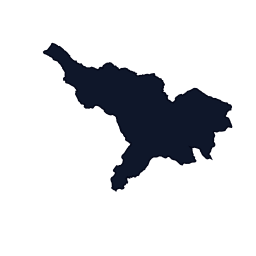 Natividade, Tocantins, Brazil, rotated 284°
{"feature_id": "56859067B45989324598243", "entity_name": "Natividade", "entity_type": "district", "adm_level": 2, "iso_a3": "BRA", "parent_name": "Brazil", "parent_adm1": "Tocantins", "projection": "robinson", "projection_center": [-47.662, -11.727], "detail": "fine", "context": "isolated", "style": "filled", "palette": "ink", "viewbox_px": 256, "rotation_deg": 284, "n_neighbors": 0, "source": "geoboundaries", "source_scale": "gbopen_adm2", "svg_char_len": 5958}
<svg xmlns="http://www.w3.org/2000/svg" viewBox="0 0 256 256"><g transform="rotate(284 128 128)"><path d="M190.2,33.9L184.0,31.2L183.3,30.3L182.5,28.6L181.3,27.8L180.7,28.2L180.2,28.8L180.1,30.9L179.5,33.0L179.6,33.7L178.8,35.0L178.7,36.3L178.1,38.1L177.5,38.4L176.6,39.2L176.4,39.9L176.2,43.4L175.8,44.2L174.8,45.2L173.5,47.6L172.1,48.7L171.8,49.6L171.2,50.3L170.5,50.1L167.1,53.8L164.0,54.4L162.9,55.1L162.0,54.7L161.1,53.9L160.3,53.7L159.1,54.2L159.4,54.7L159.4,55.4L158.9,55.8L158.8,56.4L157.5,56.6L157.1,57.0L157.1,59.8L156.1,62.9L155.6,65.2L154.8,66.8L154.1,67.4L153.4,68.5L152.2,69.6L151.5,69.9L150.9,68.8L150.4,69.1L148.3,69.1L144.2,72.7L142.8,73.5L142.3,74.2L141.7,75.7L141.0,76.0L140.3,77.1L140.6,78.7L140.4,79.4L140.5,80.0L139.8,80.5L138.1,80.6L137.7,81.3L137.7,82.0L137.3,82.3L137.8,83.8L138.0,85.4L139.0,86.5L139.1,87.2L138.9,88.6L139.3,89.1L140.5,89.5L141.8,90.2L142.5,91.2L142.7,92.8L142.5,94.3L142.7,94.8L141.9,95.9L141.5,97.3L140.9,98.0L140.3,100.2L140.0,100.8L138.9,101.0L138.5,101.4L137.3,103.6L136.7,106.4L136.8,108.2L137.7,109.6L136.8,113.0L135.6,114.5L134.9,114.6L133.8,115.3L132.6,115.6L131.4,116.2L130.2,117.5L128.6,118.5L127.5,119.6L125.3,120.7L125.2,121.2L124.0,121.5L122.8,122.4L121.7,124.2L121.9,124.8L120.2,125.7L119.1,126.8L119.0,127.6L118.6,128.0L117.5,128.5L116.1,128.7L115.6,129.5L115.3,131.1L114.8,131.9L114.8,132.9L114.1,133.4L114.3,134.1L113.9,134.6L113.4,134.9L111.5,134.6L109.9,133.4L109.2,133.5L108.3,132.8L102.5,130.9L100.3,129.5L99.2,129.1L97.8,129.4L96.5,131.2L95.7,131.5L92.4,131.6L90.1,130.5L89.4,129.4L89.3,128.8L88.3,127.7L88.4,126.2L83.7,124.3L83.2,124.4L82.7,124.8L82.6,125.7L81.8,126.8L81.1,126.9L79.7,126.8L78.6,126.2L77.5,126.0L75.9,124.4L74.4,124.0L72.6,124.8L71.4,125.8L70.4,126.3L68.3,126.9L67.6,127.3L66.0,126.9L65.9,127.8L65.4,128.0L64.9,129.4L65.0,130.2L64.3,131.4L65.8,131.6L67.5,133.7L67.7,135.2L67.4,136.6L67.9,137.6L68.5,138.2L69.3,138.3L69.8,137.5L70.3,137.4L71.0,137.5L71.8,137.8L72.3,138.7L75.0,139.8L74.8,140.5L75.5,140.5L75.9,139.7L77.1,139.5L78.2,138.4L78.8,138.5L79.3,139.1L80.5,139.3L80.0,140.9L80.0,141.7L81.3,141.8L81.4,142.6L81.2,143.5L82.7,144.3L82.3,146.1L82.5,147.0L83.8,147.6L84.4,148.3L84.5,149.2L85.3,149.8L86.0,149.7L88.4,150.6L88.6,151.1L89.2,151.7L91.2,152.9L91.6,153.6L92.2,154.1L93.5,154.2L94.7,154.9L95.5,155.0L96.8,155.9L101.7,156.5L104.5,157.9L106.1,159.4L106.5,160.3L106.9,162.4L107.4,163.1L107.5,163.7L108.6,164.4L109.1,166.9L109.2,167.8L108.8,168.3L108.2,171.3L108.6,172.2L109.2,172.7L110.0,172.8L110.5,174.5L110.4,175.3L108.7,178.1L108.5,180.2L108.7,181.1L108.5,182.2L107.9,183.7L105.7,187.6L105.5,188.6L105.6,189.6L106.8,189.8L107.7,190.6L107.9,191.6L107.9,192.7L108.7,195.8L110.5,198.0L111.5,201.1L112.1,201.6L112.6,201.6L114.2,199.6L115.7,199.5L116.2,198.0L116.8,197.6L117.5,197.3L118.2,197.4L119.3,196.2L120.2,196.1L120.8,195.6L122.9,195.0L124.6,192.9L124.5,194.9L125.7,197.2L125.5,201.7L124.9,203.2L124.4,203.8L123.4,204.0L122.4,205.1L120.4,206.7L119.4,208.1L119.1,209.0L117.8,210.9L117.7,211.7L117.4,212.2L118.1,213.6L118.7,214.1L118.8,215.0L118.5,216.1L121.1,214.0L121.9,212.4L122.4,212.2L123.4,212.9L125.7,213.6L127.1,213.4L128.3,213.8L129.4,213.8L130.1,214.3L130.9,215.7L132.1,216.2L133.3,215.9L134.0,215.4L135.0,214.0L136.7,213.9L138.7,213.3L141.4,213.8L142.0,213.5L143.8,212.1L144.5,211.8L145.1,211.9L145.6,212.4L145.8,213.1L145.8,215.0L146.3,215.9L147.2,216.8L147.8,219.6L148.9,222.1L149.3,222.6L150.6,222.9L153.6,224.5L153.8,228.2L154.4,228.2L156.7,226.8L157.6,225.9L158.9,225.2L161.3,223.3L161.8,222.6L162.0,220.3L162.6,219.4L163.5,219.2L165.6,220.0L166.4,219.8L168.0,220.2L168.4,220.7L169.7,221.2L170.6,223.2L172.0,222.9L173.2,223.2L173.8,223.0L174.9,221.9L174.9,220.3L174.7,219.7L175.0,219.0L175.9,218.5L176.0,217.6L175.7,216.2L175.8,213.9L176.0,213.3L175.9,212.6L175.9,211.9L176.5,211.6L176.9,210.8L177.2,207.5L177.6,205.9L177.0,203.1L177.9,201.6L178.0,199.8L177.6,198.5L177.9,197.2L178.4,196.7L178.5,195.2L179.1,194.5L180.2,190.8L180.8,190.0L181.3,188.1L182.5,185.6L182.6,184.2L182.2,183.5L182.3,182.7L179.7,180.0L178.6,178.5L177.7,176.9L176.3,176.4L175.3,175.1L174.6,175.2L174.1,175.0L174.0,174.1L172.7,173.2L173.3,171.7L172.2,169.8L169.9,168.1L169.5,167.5L168.2,167.0L167.6,167.1L166.9,167.7L165.5,167.0L164.2,166.1L163.5,166.0L163.4,164.2L164.0,162.4L164.6,161.9L164.5,161.2L164.7,160.0L165.7,159.2L165.8,158.6L166.4,158.7L168.0,158.3L168.8,158.5L169.1,157.4L168.6,156.5L169.0,156.2L169.8,156.3L170.5,155.9L170.9,155.3L171.0,154.6L170.9,152.9L171.4,152.4L172.1,152.4L172.7,153.0L173.6,152.1L174.2,152.3L174.6,151.7L175.3,152.3L176.1,152.4L177.4,151.7L178.6,152.6L179.3,152.4L179.3,151.5L180.8,151.0L181.0,150.3L182.1,150.0L181.9,149.3L183.5,148.0L183.2,146.4L184.3,144.2L184.0,143.5L184.8,142.3L184.6,141.1L185.3,140.4L185.8,140.8L186.4,140.7L186.9,140.2L185.7,137.4L184.5,135.9L184.5,135.1L184.7,134.4L184.5,133.6L184.0,132.4L182.8,130.8L182.8,129.3L182.2,129.1L181.7,126.9L181.4,126.3L180.8,126.3L180.9,125.5L180.6,124.5L181.2,122.9L181.8,122.4L182.7,122.9L183.0,122.3L182.6,121.5L182.6,120.4L183.4,120.5L183.3,119.6L183.7,117.9L183.4,116.5L184.1,115.5L183.8,115.0L184.6,113.5L185.0,113.1L185.2,110.7L184.4,108.7L183.9,108.7L184.1,108.0L184.0,107.3L182.1,105.4L182.5,104.5L183.6,103.7L183.8,103.0L183.6,102.4L184.9,101.1L184.4,99.3L184.7,98.3L185.4,98.4L186.8,95.6L186.6,95.0L186.6,94.1L185.7,93.8L185.7,92.1L185.0,91.7L184.6,90.8L183.0,89.8L182.7,89.2L181.3,89.2L180.7,88.5L180.3,89.0L179.7,89.1L179.4,88.3L179.9,87.0L179.9,86.4L179.2,85.9L177.8,85.7L177.0,84.6L177.2,84.0L177.5,81.4L177.8,80.9L178.0,78.0L177.2,77.1L176.8,76.3L176.2,73.6L176.2,72.6L176.9,71.4L176.6,69.3L177.5,68.9L178.1,67.6L178.7,67.2L178.0,65.0L178.4,64.3L178.6,62.4L180.2,61.4L179.6,60.1L180.0,59.3L180.3,58.0L182.6,54.2L183.9,53.8L184.1,53.1L186.0,50.6L187.1,48.5L187.4,47.0L188.3,46.1L190.1,42.4L190.3,41.5L189.9,40.6L190.1,39.8L190.6,39.5L191.5,36.6L191.5,35.1L191.7,34.5L191.4,34.0L190.9,33.7L190.2,33.9Z" fill="#0f172a" stroke="#020617" stroke-width="1.5"/></g></svg>